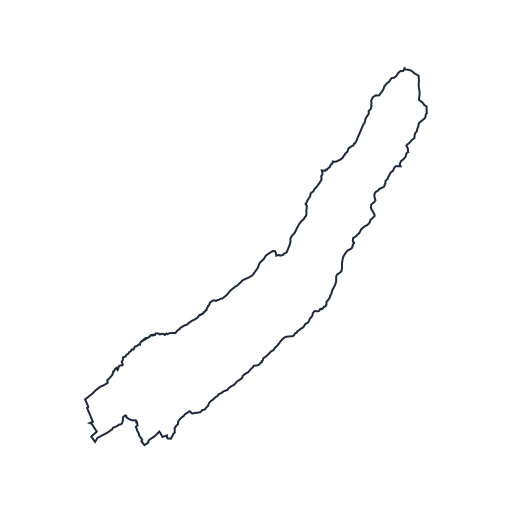 outline of Fitionesti, Vrancea, Romania, rotated 98°
{"feature_id": "2599482B51632245655784", "entity_name": "Fitionesti", "entity_type": "district", "adm_level": 2, "iso_a3": "ROU", "parent_name": "Romania", "parent_adm1": "Vrancea", "projection": "natural_earth1", "projection_center": [26.998, 46.013], "detail": "fine", "context": "isolated", "style": "outline", "palette": "slate", "viewbox_px": 512, "rotation_deg": 98, "n_neighbors": 0, "source": "geoboundaries", "source_scale": "gbopen_adm2", "svg_char_len": 6106}
<svg xmlns="http://www.w3.org/2000/svg" viewBox="0 0 512 512"><g transform="rotate(98 256 256)"><path d="M414.8,398.6L421.8,405.3L428.5,401.2L428.9,401.1L429.8,402.1L430.1,402.0L443.0,394.4L444.6,397.3L445.0,395.4L452.1,389.2L457.7,394.0L462.5,389.5L458.2,387.7L451.4,378.3L447.7,374.4L446.1,373.8L443.7,369.9L442.1,368.2L441.4,366.3L440.6,365.4L437.7,364.9L434.4,365.3L433.1,364.4L432.0,363.0L432.4,362.2L433.8,361.8L435.3,358.7L436.0,355.1L435.4,352.4L435.6,351.9L437.3,351.4L437.0,350.8L440.0,349.8L441.8,351.2L442.2,351.1L444.1,349.8L444.8,349.8L448.1,347.4L450.3,346.5L454.0,343.0L455.3,343.7L458.8,340.2L455.9,336.8L454.5,336.9L452.9,336.1L448.0,330.7L443.4,327.4L444.2,326.8L444.3,326.3L448.2,323.5L446.1,319.1L448.2,318.8L449.1,317.7L448.7,316.0L448.7,314.7L443.5,313.1L442.2,311.9L437.7,312.6L435.2,311.4L433.5,309.9L430.9,310.0L430.0,309.7L427.1,307.9L424.4,305.3L422.8,304.5L421.4,303.0L421.0,302.2L419.0,300.4L420.0,298.3L420.7,297.8L420.8,296.6L419.6,294.2L419.7,293.2L418.5,289.5L417.9,288.9L416.2,287.9L415.4,285.9L414.4,284.9L412.4,283.8L411.2,282.6L409.4,282.4L407.4,281.6L405.2,279.8L404.1,278.5L401.3,276.3L399.8,274.5L398.0,273.7L396.2,270.6L395.1,270.0L394.1,268.5L393.7,267.5L393.1,266.9L392.8,265.8L390.3,264.4L388.2,262.0L386.4,259.6L383.2,257.6L379.0,252.9L376.4,252.3L374.2,250.3L372.1,247.5L368.5,245.3L366.5,243.5L365.0,243.0L364.5,240.7L363.8,238.8L363.1,237.8L360.8,236.5L360.3,235.4L359.1,235.5L358.5,234.8L356.3,234.5L353.2,231.3L348.4,227.8L346.6,225.4L344.4,224.6L341.4,222.1L336.3,219.4L333.8,217.5L332.5,216.2L331.6,214.2L330.2,208.3L328.7,207.1L327.1,206.5L326.3,205.0L325.0,204.7L323.7,203.2L322.2,202.0L320.0,199.2L316.8,197.9L316.1,197.3L315.0,195.5L312.9,194.5L310.5,194.0L309.1,192.8L306.8,191.8L304.7,191.8L302.8,190.6L302.3,189.8L302.2,187.2L301.5,185.8L299.4,185.0L299.2,184.0L299.6,183.6L299.4,183.2L298.6,182.5L296.7,181.6L296.8,181.1L296.2,180.2L294.6,179.5L291.5,179.8L289.7,178.4L288.7,178.2L286.9,177.1L285.4,177.1L282.9,176.1L279.2,175.7L273.6,173.6L269.8,173.1L265.7,173.7L264.3,173.6L263.1,173.1L259.9,169.7L257.9,169.1L255.5,169.2L251.5,169.8L247.1,169.8L244.0,169.3L240.7,167.8L237.8,166.0L235.4,162.7L234.6,162.1L233.8,162.1L232.8,161.6L231.4,161.8L229.6,160.7L229.1,160.7L228.2,162.1L224.8,162.4L222.5,159.6L220.6,158.4L220.0,157.7L218.6,156.8L214.7,155.5L211.4,152.4L209.7,149.9L206.9,148.0L205.5,148.0L204.0,147.5L202.8,146.3L199.9,144.1L198.6,144.4L195.5,146.5L194.2,147.9L191.9,149.1L189.5,149.0L188.7,148.7L185.8,146.2L184.4,145.5L180.7,147.0L178.6,147.3L177.3,147.1L175.7,146.2L173.9,143.9L172.6,143.4L170.6,140.2L169.3,138.7L166.9,138.4L166.4,138.0L163.8,138.2L161.0,136.3L159.3,136.1L158.5,135.6L154.6,134.3L152.7,132.3L149.0,131.2L147.5,129.8L147.1,125.3L145.1,126.4L142.0,125.7L139.0,122.9L136.4,121.6L133.5,121.3L132.4,120.5L131.9,119.7L131.4,120.0L128.5,120.5L125.8,122.5L124.6,121.8L123.1,120.2L119.7,118.0L117.2,115.6L113.6,115.7L111.9,115.3L110.3,114.1L107.6,114.0L104.8,113.2L102.4,113.4L100.7,112.3L96.1,108.0L94.8,107.6L91.8,107.5L90.9,106.7L84.1,108.0L83.1,110.3L80.6,112.8L78.8,116.2L77.7,116.5L74.4,116.4L71.0,116.8L64.5,118.7L60.1,119.0L55.1,119.9L54.7,120.4L53.0,124.7L50.9,127.9L50.4,131.1L50.5,134.1L50.1,135.0L49.5,135.1L49.7,135.3L51.2,135.5L52.3,136.1L52.6,136.9L52.6,138.5L54.7,140.5L58.5,142.3L60.2,144.1L60.8,146.0L61.4,146.8L64.7,148.3L66.6,150.2L69.8,152.4L73.7,153.2L79.6,156.3L80.2,157.9L80.2,159.7L82.4,162.3L86.3,163.6L88.3,162.9L90.3,163.0L91.5,162.4L93.8,162.7L94.9,163.1L96.8,164.6L99.5,164.1L101.6,165.3L105.0,166.7L108.2,166.8L109.4,167.2L110.3,167.9L128.3,172.7L131.0,173.8L131.1,174.5L131.4,174.7L133.0,175.0L134.7,177.6L135.9,178.3L136.5,179.4L140.1,180.1L142.2,181.9L143.6,182.3L144.9,183.3L146.0,183.5L147.6,184.6L149.2,186.5L151.3,189.6L151.8,191.4L151.7,193.0L153.7,193.3L155.3,194.7L157.7,195.3L159.1,196.8L160.5,197.6L160.5,198.5L161.9,199.2L161.7,199.8L162.2,200.6L162.0,202.0L162.1,202.8L163.7,202.0L166.2,201.6L167.9,202.6L170.2,201.8L172.1,202.0L178.7,205.3L181.6,207.4L184.2,208.3L185.4,209.8L187.0,210.7L189.1,210.6L193.5,212.7L196.8,213.7L197.5,214.2L199.2,212.6L204.6,212.4L207.1,211.9L209.2,212.0L211.2,213.3L213.0,213.9L214.6,215.5L217.9,217.5L222.6,219.3L227.4,220.8L231.5,223.5L234.4,224.4L236.8,223.8L240.7,224.3L248.0,226.1L249.1,227.4L249.7,228.5L251.4,229.5L251.8,231.2L252.3,232.1L251.7,233.5L252.9,235.9L249.4,237.1L248.5,237.9L248.8,239.2L248.6,239.9L251.3,243.2L254.4,246.4L257.8,247.8L260.6,250.1L262.8,251.5L267.8,252.7L275.4,256.7L278.1,259.8L281.0,264.6L282.6,266.5L284.8,267.8L285.6,268.9L286.9,269.5L289.7,272.7L293.5,276.3L298.9,279.7L302.8,283.4L303.1,284.8L304.6,286.8L305.0,288.1L305.5,288.5L306.1,289.5L305.7,291.4L306.2,292.4L306.2,292.8L307.6,294.0L308.7,295.3L309.3,295.2L311.3,295.6L311.9,296.5L313.3,296.7L314.6,297.5L316.1,297.3L316.8,297.8L316.9,298.5L318.0,298.6L319.3,300.2L319.7,300.1L320.6,300.5L321.1,302.0L322.1,302.4L322.1,303.6L325.3,305.4L327.8,308.4L329.1,310.5L331.1,312.5L331.7,313.4L332.6,313.9L333.7,315.0L334.5,316.9L337.9,321.1L339.1,321.5L340.0,322.9L343.4,325.1L343.4,325.5L343.8,326.2L343.7,327.9L344.6,331.2L345.8,332.9L345.3,334.1L345.9,334.8L346.9,335.2L346.7,335.8L346.1,336.6L346.1,338.6L347.1,340.3L346.4,341.4L346.5,344.2L346.7,344.7L348.3,345.1L348.6,345.9L348.3,346.5L348.9,346.8L349.2,347.8L348.6,348.0L348.7,348.4L349.5,349.7L350.6,350.0L352.1,351.8L352.5,352.4L352.3,353.2L352.8,354.2L353.1,354.2L353.5,353.6L353.9,353.8L354.3,354.4L353.8,354.8L353.9,355.2L354.6,355.9L355.5,356.0L355.7,356.8L356.1,356.9L356.2,357.4L356.8,357.8L358.1,358.6L360.0,358.6L359.9,359.8L362.0,361.7L362.4,363.2L363.1,363.6L365.4,364.1L365.7,364.3L365.8,366.0L366.1,366.2L367.6,366.7L368.9,368.2L370.5,368.8L371.8,370.5L373.7,371.2L374.9,373.6L377.4,373.4L379.6,374.3L381.2,373.1L382.6,372.9L383.1,373.9L383.2,375.2L384.3,376.4L385.7,376.8L386.7,376.7L388.0,377.2L387.6,377.5L386.7,377.1L385.9,377.6L385.9,378.1L387.1,379.6L387.5,379.5L388.4,380.2L389.6,380.5L390.3,381.4L391.3,381.1L392.5,381.7L393.5,381.6L398.7,385.0L399.6,386.0L402.3,385.2L405.7,389.5L406.8,391.7L411.4,396.2L414.8,398.6Z" fill="none" stroke="#1e293b" stroke-width="2"/></g></svg>